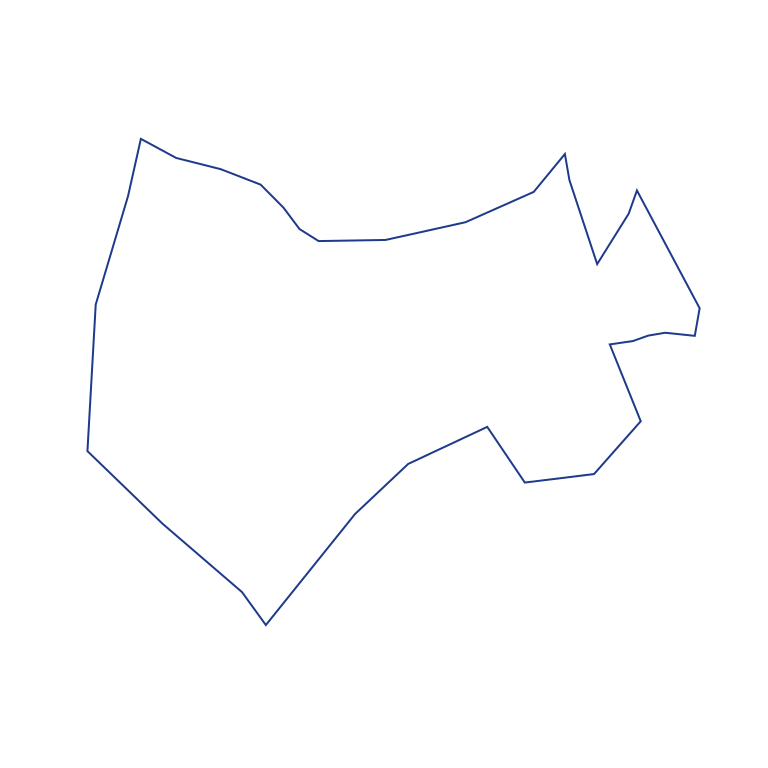 Tarrafal, Albers equal-area conic projection, rotated 100°
{"feature_id": "CPV-5045", "entity_name": "Tarrafal", "entity_type": "state/province", "adm_level": 1, "iso_a3": "CPV", "parent_name": "Cabo Verde", "parent_adm1": "", "projection": "albers", "projection_center": [-23.738, 15.256], "detail": "fine", "context": "isolated", "style": "outline", "palette": "blue", "viewbox_px": 768, "rotation_deg": 100, "n_neighbors": 0, "source": "natural_earth", "source_scale": "10m", "svg_char_len": 572}
<svg xmlns="http://www.w3.org/2000/svg" viewBox="0 0 768 768"><g transform="rotate(100 384 384)"><path d="M184.8,666.0L197.5,627.9L200.8,582.1L209.1,540.1L227.8,513.6L246.1,494.1L254.6,473.2L241.9,407.6L210.5,331.8L168.8,269.9L126.1,245.8L151.0,236.8L228.9,194.9L173.8,172.6L149.5,168.5L254.6,86.3L282.6,86.3L284.7,116.0L290.5,132.3L298.5,146.4L305.8,168.5L376.1,124.7L436.2,161.5L456.6,228.2L408.3,274.9L458.5,346.3L517.0,389.9L641.9,458.5L613.6,487.7L559.9,578.1L501.6,664.4L355.8,681.7L243.4,668.7L184.8,666.0Z" fill="none" stroke="#1e3a8a" stroke-width="2"/></g></svg>